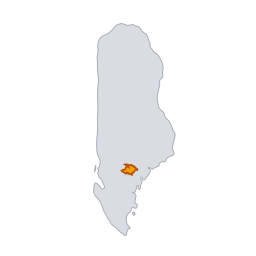 Mampikony, Sofia, Madagascar shown in context, rotated 163°
{"feature_id": "10022922B54995100782210", "entity_name": "Mampikony", "entity_type": "district", "adm_level": 2, "iso_a3": "MDG", "parent_name": "Madagascar", "parent_adm1": "Sofia", "projection": "albers", "projection_center": [47.723, -16.182], "detail": "fine", "context": "in_parent", "style": "filled", "palette": "amber", "viewbox_px": 256, "rotation_deg": 163, "n_neighbors": 0, "source": "geoboundaries", "source_scale": "gbopen_adm2", "svg_char_len": 5780}
<svg xmlns="http://www.w3.org/2000/svg" viewBox="0 0 256 256"><g transform="rotate(163 128 128)"><path d="M166.3,31.4L166.9,33.0L167.7,34.5L170.2,38.2L171.2,39.6L172.1,41.1L172.5,44.1L174.0,48.8L175.4,55.8L175.8,63.0L176.2,66.3L177.3,69.4L179.1,72.7L179.7,76.3L178.5,80.0L176.8,83.4L176.4,84.1L175.6,84.9L175.2,84.9L173.9,84.0L172.9,82.5L171.5,79.0L171.0,77.3L170.5,77.0L168.9,77.1L167.7,78.2L167.5,78.9L167.7,80.8L168.1,82.6L168.3,84.4L168.3,86.6L168.7,87.3L169.4,87.9L170.0,89.4L170.1,92.9L169.7,94.6L168.5,96.1L168.6,97.0L169.0,97.8L168.6,98.3L167.1,99.0L166.5,99.6L165.7,101.1L164.3,104.2L164.1,105.8L164.9,110.7L164.7,114.2L163.0,120.8L162.0,124.0L160.6,127.7L158.5,132.7L156.4,138.9L154.7,145.3L153.4,149.1L151.9,152.9L149.9,159.6L148.2,166.3L145.7,173.8L142.3,182.1L142.0,183.2L141.2,187.4L140.5,191.1L139.6,194.7L137.7,200.7L137.5,202.6L137.0,204.4L135.2,208.1L134.4,209.5L133.9,211.0L133.6,212.9L133.1,214.7L131.7,218.1L129.8,220.9L128.4,222.0L125.5,223.5L124.0,223.8L120.8,223.9L117.6,224.8L114.3,226.5L111.2,228.4L109.9,229.3L108.6,229.8L104.4,230.0L103.2,229.6L98.9,226.5L97.3,226.0L94.2,225.7L93.3,225.4L92.4,225.0L91.1,223.4L88.6,222.1L88.0,221.6L87.6,220.7L87.4,219.7L86.7,218.5L86.2,216.3L85.3,214.8L83.0,212.2L82.7,211.3L82.5,208.4L82.5,206.5L82.2,202.9L82.5,201.2L83.2,199.7L82.9,198.1L82.0,196.4L81.6,194.6L81.0,193.0L78.5,190.1L77.9,188.7L77.5,187.2L76.5,182.6L76.3,181.0L76.4,177.6L76.7,175.8L77.2,174.6L77.4,173.6L77.7,172.8L78.3,172.2L78.7,171.4L79.5,167.0L80.6,166.0L82.3,165.5L83.7,164.3L84.4,162.7L85.2,159.5L87.3,156.3L88.0,154.6L89.7,152.1L91.2,148.5L91.6,146.8L91.9,145.1L92.3,141.4L92.5,139.5L92.4,137.7L91.5,135.8L89.3,132.4L89.3,131.7L89.4,129.1L89.2,127.3L88.4,125.5L87.3,123.7L86.3,120.5L85.7,115.1L85.8,113.2L85.5,111.4L84.7,109.8L85.2,106.9L91.4,96.4L91.6,95.1L91.3,91.9L91.4,90.1L91.6,89.4L92.1,89.0L93.2,88.8L98.4,88.2L99.0,87.9L100.3,87.0L102.1,85.3L102.9,84.8L103.6,85.0L104.1,85.7L104.6,86.1L106.7,85.3L107.5,85.3L108.4,85.4L108.7,84.7L109.0,83.7L109.3,83.0L109.8,82.6L112.5,82.4L114.3,82.1L116.5,81.4L117.0,81.6L118.8,83.9L119.3,84.1L120.0,84.2L120.7,83.8L119.2,82.6L119.0,81.9L119.0,81.1L119.8,79.3L121.1,78.0L124.0,76.0L127.0,73.7L127.9,73.5L128.7,73.9L129.2,76.6L129.2,77.0L129.7,77.1L130.2,76.8L130.7,75.7L130.7,74.7L130.3,73.9L130.1,73.1L130.1,72.5L131.6,70.8L132.9,69.3L133.4,67.5L133.9,66.6L135.2,65.7L135.5,65.8L135.8,66.6L136.0,67.4L135.7,68.2L135.2,69.0L135.0,70.1L135.8,70.3L136.4,70.0L137.4,68.1L138.6,66.3L139.2,65.3L140.1,64.7L141.5,64.8L142.9,65.2L140.6,63.3L140.1,60.6L142.8,56.0L142.8,55.1L143.2,54.8L143.3,54.4L142.0,52.9L141.7,52.1L141.9,50.9L142.6,49.9L143.2,49.2L144.0,48.9L144.7,49.3L146.2,50.6L147.2,50.8L148.4,49.5L149.4,48.0L150.9,47.0L152.6,46.3L155.2,44.0L156.9,38.9L157.1,37.5L156.7,35.7L156.1,34.0L155.1,31.9L155.4,31.4L156.8,31.7L157.3,31.4L158.8,29.6L161.4,26.0L162.2,26.0L163.0,26.7L163.2,27.7L163.7,28.4L165.4,30.1L166.3,31.4ZM148.5,45.4L148.5,45.9L146.6,45.7L146.3,43.8L147.2,43.7L147.4,43.0L148.0,42.9L148.6,44.6L148.5,45.4ZM171.4,99.2L169.8,102.0L170.3,99.6L172.2,96.3L172.7,96.1L171.4,99.2Z" fill="#d9dde1" stroke="#a8b0b8" stroke-width="1"/><path d="M146.8,89.0L146.7,88.9L146.5,88.7L146.4,88.5L146.4,88.3L146.3,88.2L146.2,88.1L146.1,87.9L145.9,87.8L145.9,87.7L145.7,87.6L145.5,87.4L145.4,87.2L145.3,87.3L145.2,87.1L145.2,86.8L145.0,86.7L144.9,86.7L144.6,86.4L144.4,86.1L144.3,85.9L144.1,85.7L144.0,85.4L143.9,85.3L143.6,85.3L143.4,85.3L143.2,85.5L143.1,85.3L143.1,85.2L143.0,85.3L143.0,85.2L142.9,85.2L142.6,85.1L142.4,85.1L142.2,85.1L141.9,85.2L141.6,85.3L141.4,85.4L141.4,85.2L141.2,85.0L141.2,84.9L140.9,84.9L140.7,84.8L140.6,84.7L140.5,84.4L140.6,84.2L140.4,84.3L140.3,84.2L140.1,84.0L139.9,83.7L139.7,83.5L139.6,83.4L139.3,83.2L139.2,83.2L139.1,83.3L138.9,83.5L138.7,83.5L138.6,83.2L138.6,82.8L138.5,82.7L138.5,82.4L138.4,82.1L138.2,82.1L137.9,81.9L137.7,81.9L137.6,82.0L137.7,82.3L137.6,82.5L137.6,82.8L137.6,83.0L137.5,83.3L137.4,83.3L137.2,83.6L137.1,83.9L136.8,84.0L136.8,83.8L136.7,83.7L136.4,83.6L136.2,83.6L135.8,83.5L135.7,83.5L135.4,83.9L135.4,84.0L135.1,84.2L135.0,84.3L134.8,84.5L134.7,84.7L134.5,84.8L134.4,84.9L134.4,85.0L134.0,85.1L133.7,85.2L133.4,85.3L132.8,85.5L132.7,85.4L132.4,85.4L132.0,85.4L132.0,85.2L131.7,85.2L131.4,85.1L131.2,85.1L131.2,85.3L131.2,85.5L131.3,85.7L131.4,85.8L131.3,86.0L131.6,86.0L131.7,86.5L131.8,86.7L131.9,86.8L132.1,86.7L132.3,86.7L132.3,86.8L132.2,86.9L132.0,87.1L132.1,87.3L132.1,87.5L132.3,87.6L132.3,87.4L132.6,87.5L132.8,87.7L132.8,87.8L132.8,88.0L132.7,88.1L132.8,88.4L132.7,88.6L132.9,88.9L132.9,89.1L133.0,89.2L133.3,89.1L133.6,89.1L133.8,89.1L133.8,89.3L133.9,89.5L133.7,89.9L133.7,90.0L133.8,90.2L134.1,90.2L134.2,90.3L134.3,90.3L134.4,90.2L134.5,90.2L134.7,90.3L134.9,90.5L135.0,90.6L135.2,90.8L135.2,91.2L135.1,91.3L135.1,91.5L135.4,91.7L135.6,91.8L135.9,91.9L136.2,92.0L136.2,91.9L136.4,92.0L136.4,91.9L136.5,91.9L136.5,91.6L136.9,91.7L137.1,91.6L137.4,91.7L137.6,91.6L137.8,91.7L138.1,91.7L138.1,91.8L138.3,91.8L138.5,91.9L138.6,92.0L138.6,92.3L138.5,92.5L138.5,92.8L138.6,93.0L138.7,92.9L138.8,93.0L139.0,93.0L139.4,93.3L139.6,93.5L139.8,93.6L140.0,93.7L140.2,93.4L140.3,93.5L140.5,93.6L140.8,93.8L141.0,93.9L141.3,93.9L141.5,94.0L141.8,94.2L142.0,94.2L139.7,91.3L139.6,91.2L139.3,90.9L139.2,90.7L139.0,90.4L139.0,90.1L139.4,90.5L139.5,90.7L140.2,91.4L140.6,91.4L140.9,91.4L141.5,91.1L141.6,90.9L141.9,90.5L142.0,90.4L142.2,90.2L142.3,90.1L142.4,89.9L142.5,89.9L142.7,89.7L142.7,89.4L142.8,89.2L142.7,89.0L142.8,89.0L143.0,89.1L143.1,89.3L143.3,89.2L143.4,89.3L143.7,89.1L143.8,89.2L143.8,89.3L144.0,89.3L144.3,89.4L144.5,89.5L144.9,89.5L145.0,89.6L145.3,89.5L145.4,89.4L145.5,89.4L145.6,89.5L145.7,89.4L145.8,89.4L145.9,89.2L146.1,89.1L146.3,89.1L146.5,89.1L146.8,89.0Z" fill="#f59e0b" stroke="#b45309" stroke-width="1.5"/></g></svg>